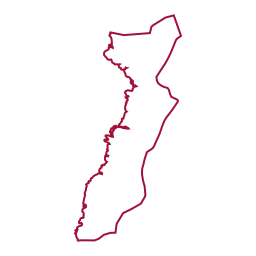 Kanifay, Federated States of Micronesia (Albers equal-area conic projection)
{"feature_id": "79324940B58732194011753", "entity_name": "Kanifay", "entity_type": "district", "adm_level": 2, "iso_a3": "FSM", "parent_name": "Federated States of Micronesia", "parent_adm1": "", "projection": "albers", "projection_center": [138.063, 9.479], "detail": "fine", "context": "isolated", "style": "outline", "palette": "rose", "viewbox_px": 256, "rotation_deg": 0, "n_neighbors": 0, "source": "geoboundaries", "source_scale": "gbopen_adm2", "svg_char_len": 5118}
<svg xmlns="http://www.w3.org/2000/svg" viewBox="0 0 256 256"><path d="M173.8,15.4L165.4,17.6L153.2,25.2L151.4,26.8L149.9,33.1L123.8,35.1L110.4,32.4L110.1,33.0L110.5,34.1L109.5,34.9L109.5,35.7L111.0,37.3L111.6,39.3L111.8,41.8L111.8,43.1L112.0,43.8L109.9,44.7L108.9,45.3L108.9,46.0L109.4,46.3L110.5,46.1L111.9,45.8L112.4,46.4L112.8,47.2L112.8,47.9L112.0,47.5L111.5,47.1L110.2,47.1L109.5,47.3L108.7,47.8L108.8,48.3L108.6,49.3L107.3,50.1L105.6,51.0L104.3,52.2L104.0,53.8L104.2,55.2L105.3,56.5L106.8,58.0L107.7,59.4L108.9,59.9L109.6,59.7L110.5,59.5L110.8,59.5L111.3,59.6L111.6,60.2L111.7,61.3L112.4,62.6L113.5,63.2L114.0,63.3L114.4,64.1L115.0,64.5L115.6,64.4L116.3,64.2L117.6,64.4L118.6,64.5L119.3,64.2L119.8,64.3L119.2,64.9L118.7,65.7L118.8,66.7L119.2,67.6L119.9,67.7L120.6,67.9L121.0,68.4L121.1,69.1L121.6,69.6L122.4,69.8L122.6,69.8L123.5,69.6L124.4,69.3L124.9,68.9L125.7,67.6L126.0,67.9L126.6,68.0L125.9,68.4L125.0,69.3L124.0,70.1L124.1,70.8L124.1,71.0L124.7,72.6L125.5,73.9L125.7,75.6L126.4,76.2L127.4,77.0L128.3,77.0L128.8,77.1L129.4,77.4L129.9,77.9L130.4,79.0L131.3,79.4L132.2,80.4L133.0,81.1L132.9,81.8L132.4,81.5L131.7,80.9L130.9,80.8L130.7,81.5L130.7,82.5L131.0,83.4L131.7,83.9L132.3,83.8L132.9,83.0L133.2,83.9L133.1,84.8L133.0,86.0L133.4,86.4L134.6,85.9L135.3,85.3L135.8,85.8L136.4,86.3L135.3,86.6L133.8,87.0L133.4,87.9L132.7,88.8L132.5,90.3L131.9,90.9L130.3,90.7L127.8,90.3L127.2,90.5L126.0,91.0L125.1,91.9L125.1,93.0L125.6,93.4L125.9,94.4L126.8,95.9L127.9,96.0L128.2,96.0L128.5,96.3L127.8,97.2L127.1,97.5L126.0,97.2L125.6,97.3L125.9,97.8L127.1,98.5L127.8,99.8L127.4,100.5L126.6,101.0L126.6,101.9L126.7,102.6L125.9,102.9L125.8,103.9L126.0,104.8L125.4,105.5L125.1,107.2L125.2,109.3L125.8,110.8L126.7,111.6L125.8,112.0L124.9,113.1L124.4,114.5L124.3,116.0L123.7,116.9L123.4,118.6L122.8,118.7L122.0,118.8L121.9,119.8L121.9,121.3L121.0,122.0L120.3,123.5L119.4,124.1L118.8,125.0L119.3,126.1L120.3,126.5L121.4,126.6L122.5,127.2L123.2,127.2L124.3,126.9L125.3,126.5L125.8,126.7L125.4,127.1L125.8,127.5L127.1,127.7L128.2,128.0L128.6,128.6L127.3,128.6L124.9,128.3L122.8,127.9L122.1,127.7L121.5,127.4L120.9,127.0L120.2,127.1L119.5,127.1L118.7,126.9L118.1,126.7L117.7,127.0L117.3,126.7L116.7,126.3L115.9,126.0L115.8,126.5L116.1,127.7L115.6,128.1L115.1,127.6L115.1,126.6L115.3,125.9L114.5,126.0L113.6,126.5L113.2,127.3L113.7,128.4L114.2,129.1L113.8,129.9L113.4,130.8L113.2,130.6L113.2,129.1L113.0,128.4L112.1,128.2L111.3,128.4L110.9,129.1L110.7,130.3L109.9,131.5L110.2,132.4L111.2,132.2L112.0,132.0L112.3,132.2L112.0,132.9L112.6,133.8L112.4,134.2L111.6,134.3L110.9,134.2L110.7,134.9L111.1,135.3L112.2,135.4L112.8,135.8L113.0,136.8L112.1,136.8L110.8,136.4L107.8,135.3L105.7,135.5L105.5,136.0L106.5,137.2L106.9,137.9L107.7,138.4L108.2,139.6L107.9,139.9L106.2,139.5L104.6,139.6L104.3,140.5L104.8,141.3L106.1,141.6L109.3,143.4L109.5,144.0L108.4,144.0L107.4,145.4L107.6,147.1L107.6,148.4L107.0,149.2L107.4,149.7L108.0,150.4L107.5,151.2L107.0,151.3L106.5,152.1L106.3,153.5L106.0,154.3L106.8,155.2L108.1,155.7L108.0,155.8L107.9,156.4L106.7,156.2L106.4,156.2L106.0,156.1L105.3,156.0L105.0,157.4L105.0,159.5L105.8,161.1L106.7,161.8L106.9,161.9L106.2,162.9L105.5,163.4L104.8,164.4L104.4,165.0L103.4,164.6L102.3,165.1L101.5,165.8L102.1,166.2L101.5,166.8L101.5,167.7L100.8,167.9L99.5,169.3L99.3,170.7L99.4,172.0L100.2,172.6L101.2,172.6L101.5,172.6L102.2,173.4L101.9,174.2L101.3,174.0L100.8,173.9L99.4,173.4L98.5,173.3L97.4,174.2L96.0,174.8L94.5,175.5L93.7,176.1L92.9,176.9L92.3,177.8L91.4,178.1L90.7,178.8L90.8,180.1L90.5,180.7L90.2,181.1L88.8,181.1L88.3,182.0L88.6,182.5L88.7,183.0L88.2,183.3L86.8,183.8L86.1,184.5L86.8,185.8L86.6,186.7L86.0,188.4L85.9,190.1L85.4,191.2L84.6,193.8L85.0,194.4L85.1,195.2L84.5,197.3L83.9,199.9L83.2,203.7L83.6,204.3L83.4,206.1L83.7,207.4L84.5,207.2L84.8,206.4L84.4,204.9L85.1,204.5L86.0,205.4L86.1,206.8L85.3,207.6L84.3,207.9L82.9,208.9L82.8,209.1L82.3,210.0L82.3,211.5L82.9,211.9L83.3,212.6L83.7,213.3L83.5,214.2L83.8,215.0L83.5,216.0L83.3,216.3L83.7,217.2L83.5,217.6L83.4,217.7L82.8,217.9L81.4,218.0L80.6,218.5L79.7,220.8L79.0,221.5L79.0,222.9L79.9,223.5L81.3,222.9L82.0,223.6L82.1,224.8L81.1,225.7L80.7,225.8L79.1,226.2L77.4,227.2L77.0,228.1L77.4,229.1L77.6,229.5L77.2,230.0L76.7,229.9L76.1,229.8L75.3,230.4L75.9,231.4L76.7,231.9L75.8,232.7L75.0,233.3L75.4,233.9L76.0,234.2L76.1,236.1L76.9,238.0L77.1,238.2L77.8,239.1L77.6,240.0L77.9,240.6L78.8,240.6L80.1,240.3L94.6,240.4L98.7,238.8L103.9,234.8L110.3,232.9L115.5,232.7L116.1,227.7L116.6,224.3L117.0,223.2L121.4,216.0L123.0,213.2L131.3,209.1L138.7,204.9L140.8,203.7L145.0,196.6L145.4,195.0L144.6,186.1L143.8,183.6L142.8,179.2L142.1,174.9L142.0,171.3L142.3,168.2L143.5,164.0L144.8,158.5L146.2,154.4L146.9,152.2L147.7,151.5L150.4,149.9L152.9,148.0L154.2,145.8L159.7,133.5L161.7,127.6L163.0,124.1L164.1,121.4L166.1,117.9L171.7,110.6L175.7,104.8L177.8,101.7L177.9,100.4L176.9,99.5L175.6,98.9L171.3,96.8L170.1,94.2L168.9,89.9L167.6,88.0L164.1,87.0L160.8,85.4L158.1,83.1L156.8,80.2L156.4,77.0L162.6,67.4L165.0,63.8L167.0,60.3L169.2,56.1L170.8,52.6L171.9,50.1L175.8,40.4L176.9,38.8L181.0,35.9L173.8,15.4Z" fill="none" stroke="#9f1239" stroke-width="2"/></svg>